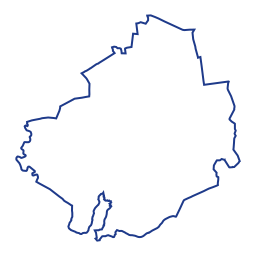 the district of Saukas pag., Viesites, Latvia, rotated 90°
{"feature_id": "27541924B65638729779060", "entity_name": "Saukas pag.", "entity_type": "district", "adm_level": 2, "iso_a3": "LVA", "parent_name": "Latvia", "parent_adm1": "Viesites", "projection": "mercator", "projection_center": [25.443, 56.28], "detail": "fine", "context": "isolated", "style": "outline", "palette": "blue", "viewbox_px": 256, "rotation_deg": 90, "n_neighbors": 0, "source": "geoboundaries", "source_scale": "gbopen_adm2", "svg_char_len": 5830}
<svg xmlns="http://www.w3.org/2000/svg" viewBox="0 0 256 256"><g transform="rotate(90 128 128)"><path d="M227.9,187.2L228.4,187.0L229.0,186.3L229.9,185.1L230.0,185.1L230.7,183.5L230.9,182.9L231.3,181.9L231.9,180.4L232.5,179.7L233.2,176.7L233.8,176.0L234.0,175.0L234.0,174.6L233.0,173.0L232.8,171.3L232.9,170.4L232.7,169.4L232.0,168.7L230.4,167.6L228.6,167.3L226.9,166.7L225.1,164.9L223.5,164.3L221.3,163.9L219.9,163.5L219.3,163.6L219.2,163.8L218.0,163.7L217.6,163.5L217.0,163.5L215.9,162.9L214.2,162.4L213.4,162.0L211.4,162.4L210.8,162.3L208.4,161.1L207.6,160.5L205.1,158.1L204.9,157.7L203.0,156.8L202.1,156.6L201.6,156.6L200.9,157.0L199.9,157.3L199.4,157.7L197.9,157.3L197.3,157.4L196.6,157.3L196.1,157.0L195.0,156.0L194.7,155.5L194.1,155.2L193.9,154.8L193.7,153.8L193.6,153.5L193.2,153.1L192.6,152.7L193.7,152.5L194.3,152.7L194.6,152.5L194.9,152.5L195.3,152.3L195.5,152.3L195.5,152.0L195.8,152.0L195.9,152.3L196.0,152.3L196.6,152.0L196.6,152.4L196.8,152.4L197.3,151.8L197.8,151.7L198.1,151.8L198.3,151.6L198.5,151.7L198.9,151.7L199.1,151.7L199.3,151.6L199.5,151.8L199.8,151.5L199.8,151.1L200.4,150.8L200.7,150.1L200.5,149.3L200.7,148.9L200.6,148.7L200.4,148.4L200.8,148.0L200.9,147.8L201.0,147.6L200.6,146.7L201.0,146.3L201.2,146.0L201.3,145.6L201.3,145.4L201.3,145.2L202.1,145.3L202.3,145.0L202.8,145.5L203.1,145.4L203.7,146.3L203.9,146.0L204.3,146.1L204.7,145.9L205.3,146.1L205.3,145.9L205.2,145.8L205.3,145.5L205.6,145.8L206.1,145.8L206.2,145.4L206.4,145.0L206.5,145.1L207.1,145.3L208.2,146.2L208.5,146.5L209.4,147.8L210.1,148.5L210.8,148.9L211.6,149.1L214.1,149.3L216.7,149.9L218.4,150.8L219.0,151.2L220.0,151.6L221.9,151.8L223.2,151.6L225.3,152.4L225.4,152.0L226.6,152.6L227.7,153.3L229.4,154.1L229.6,155.9L229.6,156.3L230.3,157.3L230.2,157.6L230.3,159.7L230.4,161.2L232.7,160.0L237.9,159.2L238.6,160.5L240.6,158.8L240.2,156.3L239.5,156.2L239.1,156.0L236.4,153.9L236.2,153.3L236.2,151.2L236.2,150.5L235.5,149.0L235.2,147.8L235.3,147.5L235.5,147.0L236.5,144.1L237.1,143.0L237.1,142.6L236.9,141.9L235.4,141.3L234.9,141.2L234.1,140.3L232.7,140.6L231.9,140.4L230.1,139.0L231.0,136.6L230.9,134.7L231.0,134.0L232.0,132.0L232.4,131.2L233.3,129.8L233.9,128.5L234.7,127.2L235.0,126.6L235.1,125.9L235.2,125.3L235.2,123.9L235.7,121.2L235.9,120.5L236.7,118.5L237.0,117.4L237.1,116.1L237.0,115.3L236.9,114.6L236.3,113.2L235.9,112.5L233.4,109.4L232.6,107.3L232.8,107.3L232.7,106.9L232.4,106.5L230.6,103.8L228.0,98.7L227.6,98.2L226.8,97.2L224.7,95.8L222.9,94.0L220.8,92.7L220.2,92.1L219.2,90.8L217.2,86.9L216.8,85.9L216.2,83.6L216.1,83.0L216.1,82.4L216.7,80.3L216.6,79.9L208.5,76.0L200.9,72.5L200.0,71.8L198.0,67.5L196.9,64.9L196.2,63.6L191.2,52.4L189.5,49.0L188.5,46.9L187.3,43.5L185.8,39.6L185.1,38.1L183.2,38.2L179.3,37.7L177.2,37.7L177.0,37.9L176.5,39.2L176.1,39.4L174.3,39.6L172.7,39.4L169.3,42.4L165.4,42.1L160.7,39.4L160.4,39.2L160.3,38.9L160.3,36.2L160.2,35.9L159.0,34.3L159.8,31.8L159.7,31.4L160.0,31.4L167.1,26.9L167.3,26.7L167.4,26.3L167.2,23.6L167.0,23.4L167.1,23.2L167.0,21.8L163.0,17.6L161.2,16.5L161.1,16.3L155.6,18.3L149.6,22.6L148.0,22.4L142.9,22.0L139.2,21.8L138.3,21.7L135.8,20.3L134.2,21.2L133.5,21.4L130.7,20.3L130.3,20.4L129.6,20.8L128.9,21.1L123.8,21.1L123.4,21.5L122.8,22.4L121.6,24.3L119.5,26.4L119.1,26.5L118.5,26.4L109.7,21.8L109.3,21.7L108.7,21.8L107.1,21.5L106.0,21.5L96.2,24.9L90.0,28.0L88.8,28.4L88.0,28.4L83.4,27.9L81.6,27.3L81.5,27.5L84.8,51.9L80.9,52.5L66.6,54.3L57.0,55.6L57.7,58.0L57.0,58.1L56.8,58.0L56.4,58.3L53.8,59.0L48.7,60.4L46.6,60.7L39.2,62.8L32.7,63.5L29.6,61.7L29.7,66.6L30.1,71.7L29.8,73.4L26.2,81.2L21.5,91.4L18.5,97.5L17.0,101.0L15.4,105.2L15.6,108.6L16.1,108.4L16.2,108.6L17.9,107.9L20.3,107.9L23.7,110.3L22.2,115.3L23.2,117.7L23.5,119.7L34.1,118.4L33.7,122.9L47.0,124.5L47.6,128.4L47.8,129.3L48.5,130.9L48.9,131.0L53.4,130.4L53.3,134.3L50.7,134.6L48.7,135.2L48.6,135.4L48.2,136.4L48.2,138.5L47.0,139.8L46.7,141.7L46.7,142.0L47.3,144.0L48.3,143.7L48.7,143.4L49.8,143.1L50.9,143.1L53.1,141.4L58.3,149.6L62.5,156.3L62.6,156.6L63.5,157.6L63.8,158.7L64.4,159.9L68.3,165.5L68.4,165.9L68.9,166.5L70.7,169.4L71.5,171.3L71.9,171.7L73.3,174.4L78.0,169.9L79.1,169.1L83.7,166.5L89.5,166.7L94.3,166.6L96.4,166.8L96.9,169.9L97.7,174.1L98.7,181.4L106.4,195.8L108.1,195.9L110.8,196.6L118.4,199.8L118.0,202.3L117.5,207.8L118.2,213.9L118.8,215.9L119.6,220.2L120.4,224.2L121.9,228.9L122.3,228.8L123.3,229.0L123.7,228.8L124.7,228.3L125.0,228.2L125.6,228.3L126.1,228.6L126.0,229.1L125.5,230.1L125.5,230.3L125.8,230.9L126.3,231.3L128.0,230.8L129.3,230.0L130.2,229.4L130.5,228.9L130.6,228.3L131.2,226.5L131.6,225.8L132.0,225.3L132.5,225.1L133.8,224.7L135.0,224.7L135.8,225.1L136.7,226.2L137.0,226.3L137.6,226.2L138.0,225.9L139.3,225.7L140.0,225.7L141.0,226.0L141.6,226.5L142.0,227.0L142.2,227.6L142.2,229.0L142.1,231.3L142.2,231.6L142.7,231.9L145.5,233.1L146.2,233.5L147.7,234.7L148.1,234.8L148.5,234.7L149.1,234.3L150.1,232.8L150.5,232.5L151.5,232.5L153.1,232.7L153.6,232.6L154.2,232.2L154.9,230.8L155.3,230.4L155.8,230.3L156.0,230.4L156.7,231.2L157.6,233.5L157.9,234.7L157.8,235.0L157.0,236.2L156.7,237.3L156.5,238.3L156.7,238.7L157.7,239.5L159.0,239.7L159.8,239.5L163.2,236.6L165.1,235.7L167.8,234.8L169.1,234.6L169.6,234.3L170.2,233.7L170.6,233.0L170.9,230.1L170.9,229.7L170.5,229.2L170.1,229.0L168.5,228.5L167.9,228.5L167.3,228.2L166.7,227.7L166.6,227.0L166.8,226.4L170.8,221.5L171.1,221.2L171.9,221.2L172.2,221.5L173.1,223.3L173.4,223.7L174.9,223.6L175.3,223.4L175.5,222.9L175.5,222.5L174.5,219.6L174.5,219.1L174.7,218.8L175.0,218.6L177.0,218.0L178.1,218.1L179.4,218.8L181.7,219.7L183.3,217.0L189.2,206.1L196.5,196.7L198.8,193.5L200.8,191.8L202.1,189.7L202.3,189.4L202.6,188.7L205.2,184.8L205.6,183.9L210.6,184.0L212.9,183.7L216.8,183.7L218.0,184.3L219.4,184.8L220.0,184.6L220.3,184.7L221.3,185.3L222.8,186.4L224.6,186.9L226.4,187.6L227.9,187.2Z" fill="none" stroke="#1e3a8a" stroke-width="2"/></g></svg>